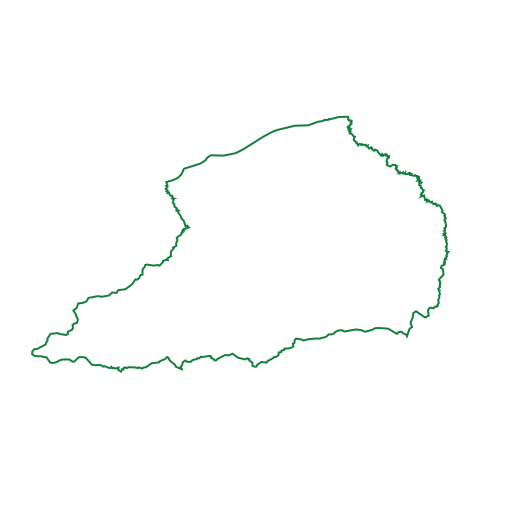 Riohacha, La Guajira, Colombia, rotated 16°
{"feature_id": "7082276B41074866331491", "entity_name": "Riohacha", "entity_type": "district", "adm_level": 2, "iso_a3": "COL", "parent_name": "Colombia", "parent_adm1": "La Guajira", "projection": "albers", "projection_center": [-72.946, 11.235], "detail": "fine", "context": "isolated", "style": "outline", "palette": "green", "viewbox_px": 512, "rotation_deg": 16, "n_neighbors": 0, "source": "geoboundaries", "source_scale": "gbopen_adm2", "svg_char_len": 6118}
<svg xmlns="http://www.w3.org/2000/svg" viewBox="0 0 512 512"><g transform="rotate(16 256 256)"><path d="M437.1,214.4L439.5,212.2L438.3,210.3L438.9,210.0L439.5,210.8L439.5,210.2L438.2,207.8L439.6,206.6L438.5,206.0L439.7,203.8L438.9,202.7L439.3,200.9L438.8,200.5L439.6,199.2L438.5,199.4L437.0,198.5L437.6,197.5L436.7,195.0L436.1,194.9L436.6,194.0L435.9,191.0L434.7,189.7L434.9,188.7L434.0,188.0L434.4,187.7L432.7,186.0L433.6,185.5L432.0,184.0L430.8,184.1L431.4,183.2L430.4,182.7L431.8,181.8L430.3,180.2L430.4,179.4L429.9,179.5L430.4,178.2L429.5,177.0L430.3,176.5L430.6,175.2L428.3,170.2L427.5,170.1L427.1,168.3L428.1,167.6L426.0,165.6L426.6,165.1L425.9,163.7L422.6,162.6L422.8,160.9L418.8,156.9L417.4,156.9L416.1,158.0L415.1,156.3L414.2,156.9L413.5,156.2L412.6,157.3L411.1,156.6L410.2,155.3L409.2,156.3L406.8,155.0L406.6,156.0L405.5,156.6L405.5,154.9L404.4,154.5L404.0,155.5L403.1,155.6L400.9,151.5L398.6,153.2L399.1,152.1L397.7,151.8L398.2,150.8L397.7,150.0L398.7,149.3L399.2,146.6L398.2,146.7L396.8,145.0L396.0,145.3L395.2,144.4L395.1,143.0L393.3,142.8L392.9,140.4L394.6,140.3L394.9,139.7L392.4,139.7L392.8,138.4L391.9,138.8L391.7,137.6L390.5,138.7L390.8,137.1L389.9,136.7L391.0,135.8L390.9,135.1L389.2,135.7L389.0,134.6L387.7,135.0L386.9,134.4L385.6,135.5L384.0,135.4L383.5,134.7L381.6,135.8L380.9,135.0L382.2,134.1L381.4,133.7L379.9,134.2L378.9,135.6L377.0,136.0L376.6,135.0L376.4,135.8L375.0,136.0L374.3,135.0L373.6,136.3L372.5,136.1L371.6,136.9L371.1,135.8L370.1,137.1L369.3,135.2L368.1,135.1L367.9,134.2L367.2,134.4L366.2,133.5L366.9,132.0L366.2,131.6L366.4,130.9L365.6,131.2L364.9,130.1L362.3,130.6L360.4,133.0L356.7,132.5L356.6,129.8L355.6,129.6L355.2,128.1L355.7,125.7L356.4,125.1L355.5,124.5L356.5,124.0L356.4,123.3L354.5,123.8L354.3,122.9L353.0,122.3L352.8,123.5L351.6,123.0L350.6,124.4L349.5,123.5L349.6,124.6L348.7,124.3L348.5,125.0L344.9,122.7L343.9,121.3L341.1,120.9L340.9,122.1L340.2,122.3L338.2,121.3L338.0,120.5L337.1,120.8L336.8,119.9L334.9,121.4L332.8,119.8L332.9,119.2L331.8,120.0L330.9,118.8L329.6,119.6L327.0,119.3L326.8,120.3L324.8,119.6L323.6,120.6L323.8,121.5L323.3,121.4L321.6,119.1L320.7,119.5L319.6,118.1L318.2,117.8L317.7,116.7L318.2,114.1L317.2,114.3L314.1,112.1L312.3,112.5L311.7,111.1L312.5,110.3L311.7,109.8L312.1,108.3L310.3,109.4L309.8,108.5L310.9,108.3L311.2,107.7L310.2,106.3L309.0,107.1L308.5,106.7L310.2,104.7L310.2,103.7L311.3,103.1L311.2,101.6L310.3,101.3L310.5,100.3L309.9,100.6L309.6,99.6L308.0,100.0L306.8,99.3L306.9,97.9L306.1,96.8L297.4,99.5L289.3,104.3L288.2,104.3L288.0,105.1L283.8,106.6L283.0,107.9L278.6,109.8L270.4,115.9L257.6,120.0L242.0,128.8L238.1,131.6L230.4,139.0L214.6,156.7L208.0,162.8L197.0,168.5L184.9,171.6L182.2,174.7L180.8,178.4L176.9,182.6L162.7,192.0L161.9,197.7L159.6,202.2L155.3,206.0L149.4,209.6L151.3,212.4L150.8,212.9L151.3,213.3L150.7,213.5L151.6,214.0L151.5,215.4L150.7,216.4L152.6,217.4L152.2,218.2L153.4,218.2L153.4,219.8L155.0,219.1L156.0,220.8L157.4,221.5L158.9,221.2L159.7,222.4L159.4,223.7L161.1,223.5L160.3,224.1L161.2,224.5L161.4,227.9L163.3,228.6L164.0,231.1L166.7,232.0L166.7,232.9L167.7,233.2L166.8,233.4L166.9,234.4L169.0,234.5L169.4,235.7L172.5,238.2L173.8,240.2L177.1,242.3L180.1,246.9L181.5,245.7L183.5,247.0L179.9,249.9L179.3,249.7L178.8,250.5L179.4,251.1L178.4,251.3L178.4,253.0L179.2,253.1L177.9,254.6L178.4,255.8L174.9,259.9L174.8,260.7L176.2,262.2L175.7,265.6L176.6,268.3L173.9,270.8L174.7,271.6L173.2,274.6L173.5,278.0L174.5,279.5L171.4,282.9L172.3,284.2L170.7,284.4L167.9,286.3L168.2,287.6L165.9,291.9L164.0,291.8L160.1,293.5L153.9,294.2L152.1,295.1L152.1,297.1L150.7,300.1L152.0,305.3L150.3,306.0L149.7,309.8L147.8,311.8L146.5,311.8L144.7,317.3L139.7,323.9L133.0,326.8L132.2,329.9L127.8,330.7L125.8,334.3L119.0,337.7L115.0,338.2L106.5,342.5L105.5,346.5L102.0,349.1L98.2,350.5L97.9,355.3L95.5,358.7L99.3,362.1L100.0,363.7L101.8,365.3L102.4,367.4L102.3,369.7L99.7,371.3L98.7,372.8L100.0,375.9L99.3,377.9L96.1,380.6L96.1,382.0L96.8,382.7L95.1,384.3L88.2,385.1L86.8,384.7L80.0,387.5L78.2,393.1L79.0,394.9L78.2,396.8L78.2,399.0L71.1,405.8L68.5,406.7L67.3,409.5L67.9,412.1L71.4,413.2L76.7,411.7L82.7,411.2L87.2,415.0L89.3,415.2L93.1,413.3L96.8,409.8L99.5,408.5L105.0,406.9L108.6,408.1L110.3,407.7L113.6,402.1L117.9,400.8L120.5,400.8L128.1,405.7L131.8,405.3L134.9,403.9L137.9,403.8L139.4,404.5L140.8,403.7L145.5,404.1L146.9,403.8L147.5,402.4L148.9,403.5L149.6,402.9L152.0,402.9L154.6,401.1L154.9,403.4L158.2,404.3L158.5,401.7L159.9,401.5L159.6,400.3L160.6,399.2L162.9,399.3L164.2,398.0L171.3,396.3L173.2,396.4L173.9,395.4L177.8,395.5L178.7,394.1L180.9,393.3L185.2,387.9L192.1,385.0L192.8,383.4L196.9,380.3L198.4,377.6L200.0,378.1L201.8,380.2L208.4,383.0L209.2,384.4L215.9,385.4L215.5,384.5L214.3,384.5L214.1,383.2L215.1,381.1L214.9,378.2L217.0,375.8L218.5,376.7L222.4,375.8L223.7,373.6L227.6,371.2L227.9,370.3L229.7,370.0L230.7,368.1L232.0,368.0L238.9,364.8L240.8,365.0L240.9,366.4L243.9,366.8L244.6,367.7L246.3,367.4L247.6,365.4L253.6,359.7L257.3,359.0L260.3,356.4L266.8,358.7L274.1,358.4L275.6,356.9L277.8,356.9L277.7,357.6L279.0,358.6L281.8,359.4L283.1,362.7L286.3,362.6L287.1,361.9L287.2,360.2L290.5,356.3L295.5,355.6L295.9,354.1L300.5,349.6L301.1,348.1L303.0,347.7L305.0,344.9L304.4,342.5L306.8,341.4L306.6,339.9L309.0,338.6L308.9,337.1L312.4,336.1L316.3,333.6L316.8,332.2L315.6,330.3L316.9,328.8L316.4,326.5L317.3,324.3L323.2,323.7L325.1,324.1L328.8,321.8L336.8,318.6L339.3,318.2L345.6,314.5L347.5,311.3L349.8,310.7L352.5,308.9L352.7,307.8L355.2,305.2L359.0,303.6L361.6,304.3L372.7,298.9L377.7,298.3L381.9,298.7L388.1,294.9L390.2,292.7L393.3,291.5L403.0,289.4L413.0,292.0L414.4,289.6L416.9,288.6L418.6,289.8L422.0,290.1L423.2,291.5L423.7,283.6L425.6,281.2L423.0,277.7L423.6,271.3L422.9,267.7L425.0,265.0L435.5,268.5L438.4,265.7L436.4,261.1L436.8,258.6L438.4,257.4L441.1,257.4L442.3,255.1L443.5,255.0L444.5,254.0L443.9,253.2L444.7,251.0L443.2,247.8L443.7,245.2L442.8,243.5L443.4,242.1L442.2,240.1L442.1,238.7L441.3,238.8L440.2,237.3L441.5,235.2L440.5,233.3L440.9,232.3L440.1,231.2L440.2,229.8L438.7,229.1L438.4,228.1L441.3,222.3L439.4,217.2L437.0,216.5L437.1,214.4Z" fill="none" stroke="#15803d" stroke-width="2"/></g></svg>